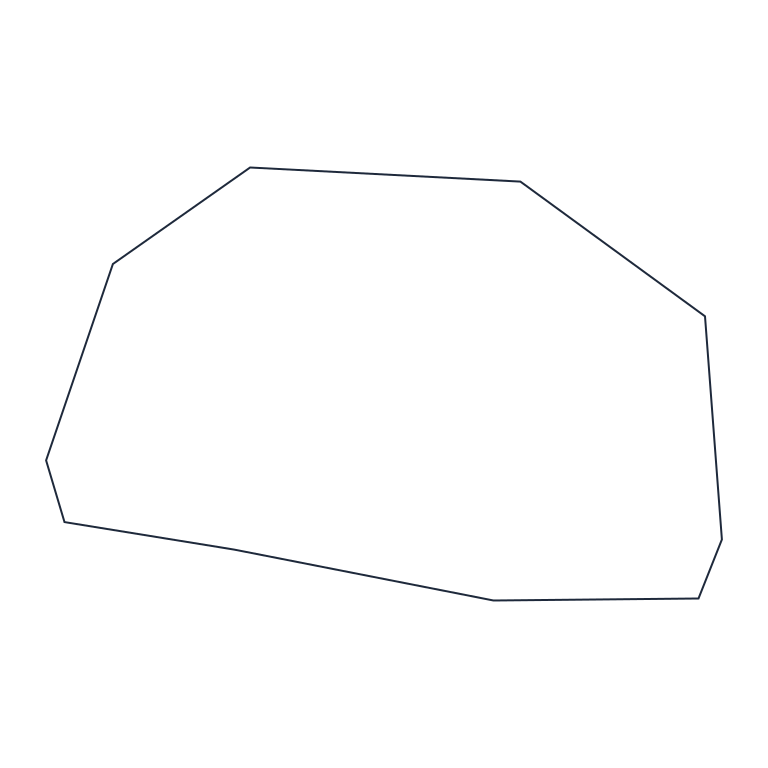 SVG path tracing the border of Cook Islands
{"feature_id": "COK", "entity_name": "Cook Islands", "entity_type": "country or territory", "adm_level": 0, "iso_a3": "COK", "parent_name": "Oceania", "parent_adm1": "", "projection": "mercator", "projection_center": [-159.785, -21.218], "detail": "fine", "context": "isolated", "style": "outline", "palette": "slate", "viewbox_px": 768, "rotation_deg": 0, "n_neighbors": 0, "source": "natural_earth", "source_scale": "50m", "svg_char_len": 257}
<svg xmlns="http://www.w3.org/2000/svg" viewBox="0 0 768 768"><path d="M698.5,598.5L493.5,600.5L234.2,549.6L64.5,522.1L46.1,460.4L112.9,264.0L250.1,167.5L520.4,181.6L705.0,316.3L721.9,539.5L698.5,598.5Z" fill="none" stroke="#1e293b" stroke-width="2"/></svg>